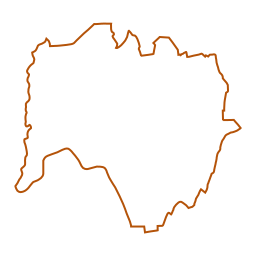 the district of Hoa Thanh, Tây Ninh, Vietnam
{"feature_id": "81297802B16996300923424", "entity_name": "Hoa Thanh", "entity_type": "district", "adm_level": 2, "iso_a3": "VNM", "parent_name": "Vietnam", "parent_adm1": "Tây Ninh", "projection": "natural_earth1", "projection_center": [106.139, 11.258], "detail": "fine", "context": "isolated", "style": "outline", "palette": "amber", "viewbox_px": 256, "rotation_deg": 0, "n_neighbors": 0, "source": "geoboundaries", "source_scale": "gbopen_adm2", "svg_char_len": 5662}
<svg xmlns="http://www.w3.org/2000/svg" viewBox="0 0 256 256"><path d="M131.1,226.5L144.2,226.5L145.0,232.4L150.7,231.4L157.0,230.5L157.7,230.3L157.6,226.0L159.3,225.9L160.9,225.9L162.2,225.8L162.6,225.6L163.0,225.2L163.4,224.3L166.0,217.1L167.5,213.8L168.1,213.1L168.7,212.8L169.4,213.0L169.9,213.4L170.8,214.2L171.1,214.4L171.5,213.9L172.1,212.6L173.0,210.4L173.4,209.8L173.5,208.8L174.2,207.2L176.1,204.7L178.5,202.5L179.5,202.0L180.1,201.8L181.4,201.9L183.0,202.9L186.1,205.2L187.7,207.0L188.5,208.0L189.4,207.7L190.9,207.2L191.9,207.0L192.6,206.6L194.3,205.0L194.4,203.6L195.0,202.2L195.5,200.8L195.9,199.0L196.1,198.5L197.5,196.2L198.4,194.8L198.9,193.4L200.1,190.7L201.0,189.3L205.2,192.6L206.1,191.0L206.7,189.8L207.1,188.6L207.4,187.5L207.6,184.8L207.8,184.1L208.3,183.1L208.6,182.1L208.9,181.3L209.5,179.8L210.7,176.4L211.1,175.5L211.4,174.3L211.6,173.8L211.8,173.6L212.5,173.3L213.4,172.6L213.6,172.3L213.8,172.0L214.2,170.4L214.2,169.9L214.8,167.1L215.5,164.2L215.8,162.4L216.1,161.4L216.6,158.7L216.7,157.4L217.3,154.5L217.5,153.8L217.9,153.0L218.6,151.9L219.7,150.5L219.9,150.1L220.2,149.4L220.3,148.8L220.3,147.4L220.5,146.4L220.6,146.1L220.8,145.1L221.9,141.6L222.4,140.5L223.6,138.8L225.4,135.7L225.9,135.2L226.7,134.6L228.6,133.7L229.9,133.0L230.6,132.6L232.8,132.2L234.6,131.6L236.4,130.9L237.6,130.3L238.5,129.6L239.7,128.9L240.4,128.2L240.6,128.0L238.0,124.7L235.3,121.7L233.8,119.9L230.6,120.0L223.9,120.1L223.0,119.5L222.8,112.1L222.8,110.6L224.2,110.6L224.2,108.3L224.5,102.3L224.6,101.6L224.8,100.0L226.1,92.7L227.4,91.9L227.7,91.6L227.9,91.3L228.0,90.6L227.8,85.0L226.6,82.8L223.5,79.2L222.8,78.3L222.8,77.1L222.3,75.4L221.3,74.1L220.0,72.9L219.2,71.5L219.1,70.9L218.6,69.8L218.0,67.2L217.4,65.5L216.6,62.7L216.2,59.3L215.9,57.8L215.7,55.7L215.5,55.1L215.2,54.7L214.0,54.3L212.4,54.6L210.2,54.7L209.7,54.8L208.8,55.8L208.2,56.5L205.9,55.4L205.1,56.6L202.6,54.3L202.1,53.9L201.4,53.7L198.8,54.6L193.8,55.6L189.0,56.8L187.2,56.9L186.6,53.5L186.4,52.4L186.1,52.0L185.9,52.0L185.6,52.2L183.9,53.0L182.9,53.8L182.3,54.0L181.3,54.3L181.2,54.4L180.9,55.0L180.7,55.2L180.4,55.3L180.2,55.1L180.1,54.8L180.0,54.6L179.8,54.5L179.5,54.5L178.4,54.8L177.8,49.8L172.6,42.5L168.9,37.6L159.7,37.0L158.6,38.1L154.4,42.0L153.4,43.0L154.2,43.8L155.1,45.1L155.0,45.9L154.2,49.8L153.5,53.8L152.9,54.1L148.5,54.8L141.6,55.7L141.0,55.3L140.0,51.9L138.8,49.0L138.9,48.5L139.0,48.0L139.6,46.9L139.7,46.4L138.8,42.9L137.4,39.1L136.1,36.7L134.9,35.6L134.0,35.4L133.2,35.3L132.4,35.0L130.3,32.2L128.9,30.8L128.7,30.9L128.1,32.8L127.1,37.0L125.2,40.6L123.3,42.9L121.2,45.2L119.2,46.8L117.7,47.7L117.1,48.0L116.4,48.0L116.0,47.9L116.1,47.6L116.5,47.1L116.7,46.9L116.8,46.5L117.1,45.1L117.2,43.6L114.4,39.4L113.2,37.8L112.6,36.4L112.6,36.1L112.8,35.8L113.9,34.5L113.8,33.5L113.5,32.9L111.9,31.8L111.5,30.9L111.1,29.2L111.0,24.2L111.1,23.7L103.7,23.6L101.2,23.7L97.4,24.0L95.4,24.1L94.2,24.0L92.8,25.4L88.1,29.8L84.0,33.3L76.6,40.4L74.2,42.9L73.5,43.4L72.3,43.9L71.1,44.2L66.6,44.9L59.9,45.6L57.6,45.8L51.0,46.1L50.0,46.1L49.8,43.9L49.3,42.3L48.7,40.9L46.4,38.7L45.5,41.0L44.7,42.1L42.1,43.6L39.6,44.5L39.0,44.8L38.6,45.1L37.9,45.7L37.6,46.5L36.8,48.4L36.1,49.8L35.3,50.8L34.1,51.6L32.2,52.5L32.4,54.0L32.7,55.4L32.9,55.9L34.0,58.1L34.3,59.3L34.2,60.0L33.8,61.7L33.7,62.1L33.6,62.7L33.3,63.2L31.2,64.8L30.1,65.9L28.9,67.4L28.3,68.4L27.4,70.0L27.1,70.8L27.1,71.4L27.1,71.7L27.3,72.1L27.5,72.7L28.0,73.3L28.7,74.0L29.0,74.4L29.0,74.8L28.8,75.6L28.4,76.8L27.8,77.8L27.5,79.2L27.4,79.9L27.5,81.0L27.6,81.4L28.1,82.2L29.0,83.7L29.2,84.4L29.3,85.1L29.3,85.8L29.3,86.4L29.2,86.9L28.9,87.7L28.5,89.1L28.4,91.0L28.3,91.9L28.4,92.3L28.5,93.0L29.4,95.7L29.5,96.3L29.6,97.7L29.5,99.1L29.3,99.6L29.0,100.2L28.6,100.7L28.4,101.0L28.0,101.4L27.1,102.1L26.5,102.8L25.9,103.8L25.9,104.3L25.9,104.9L25.9,105.9L26.0,106.6L26.0,107.3L25.8,108.1L25.7,109.8L25.9,110.9L26.5,112.0L26.6,112.4L26.5,113.2L26.2,113.7L26.0,114.3L25.6,115.9L25.5,116.5L25.5,117.2L25.4,117.9L25.5,118.5L25.5,119.3L25.6,120.2L25.7,120.9L25.8,121.6L25.7,122.4L25.4,123.6L25.4,124.0L25.6,125.2L26.0,126.0L26.3,126.3L26.7,126.4L27.1,126.4L28.1,126.0L29.3,125.0L29.5,124.9L29.7,125.0L30.0,125.2L30.3,125.6L30.6,126.1L30.9,126.9L31.0,127.6L31.0,128.0L30.9,128.3L30.5,128.6L29.6,129.3L28.8,130.1L28.3,130.9L27.9,131.7L27.6,132.8L27.5,133.6L27.4,134.3L27.5,135.1L27.6,135.8L27.7,136.5L27.8,137.3L27.7,137.7L27.6,137.9L27.4,138.1L25.7,138.8L25.0,139.0L24.5,139.3L24.4,139.7L24.3,140.1L24.3,140.7L24.4,141.7L24.5,142.5L24.8,143.2L25.2,144.3L25.5,145.3L25.9,146.9L26.7,151.1L26.9,152.7L27.0,153.7L26.8,155.0L26.7,155.5L25.8,156.5L25.6,156.9L25.3,157.7L25.2,158.7L25.0,160.9L25.1,161.7L25.1,164.2L25.0,164.8L24.9,165.1L24.5,165.7L23.9,166.4L21.6,168.4L21.4,168.8L21.2,169.1L21.2,169.5L21.2,169.9L22.2,172.8L22.3,173.3L22.2,174.1L22.1,174.9L21.7,175.7L20.5,178.0L19.3,179.5L19.0,180.1L18.7,180.7L17.5,183.1L16.1,185.1L15.4,186.1L15.6,187.0L16.2,188.6L17.4,190.7L18.8,191.7L20.2,192.1L21.5,192.0L22.9,191.7L24.1,191.2L25.3,190.6L26.9,189.4L28.5,187.8L30.1,185.7L32.3,183.0L33.3,182.0L35.6,181.1L37.6,180.3L38.9,179.5L41.0,178.0L42.6,176.0L43.1,174.8L43.3,173.6L43.3,171.9L43.3,162.5L43.3,160.6L44.3,158.6L45.2,157.4L46.3,156.5L47.9,155.7L51.9,154.2L55.3,153.0L57.3,152.3L62.2,149.9L65.0,148.8L66.9,148.5L68.5,148.8L69.9,149.8L71.5,151.3L73.2,153.4L75.1,155.6L78.2,159.7L79.3,161.5L81.5,166.0L83.0,167.9L85.0,168.9L86.8,169.1L87.9,169.0L90.1,168.4L96.8,166.6L100.2,166.7L102.9,167.1L104.6,167.9L105.8,169.4L106.5,170.8L107.0,172.4L109.1,177.4L110.8,180.4L113.0,184.0L115.2,187.4L119.6,196.2L121.6,200.6L123.1,203.9L125.1,209.0L126.6,213.3L129.9,221.4L131.0,225.2L131.1,226.5Z" fill="none" stroke="#b45309" stroke-width="2"/></svg>